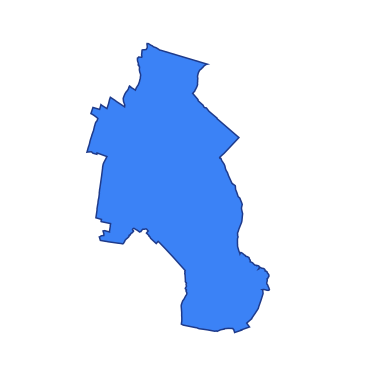 outline of Tatarusi, Suceava, Romania, rotated 43°
{"feature_id": "2599482B10638600477731", "entity_name": "Tatarusi", "entity_type": "district", "adm_level": 2, "iso_a3": "ROU", "parent_name": "Romania", "parent_adm1": "Suceava", "projection": "robinson", "projection_center": [26.571, 47.355], "detail": "fine", "context": "isolated", "style": "filled", "palette": "blue", "viewbox_px": 384, "rotation_deg": 43, "n_neighbors": 0, "source": "geoboundaries", "source_scale": "gbopen_adm2", "svg_char_len": 5958}
<svg xmlns="http://www.w3.org/2000/svg" viewBox="0 0 384 384"><g transform="rotate(43 192 192)"><path d="M116.0,88.1L72.2,109.8L71.8,110.2L69.5,110.5L67.3,111.0L64.7,112.1L63.1,112.2L62.1,112.6L61.2,112.8L58.9,113.2L57.9,114.1L58.1,114.3L58.4,114.8L58.8,115.0L59.6,115.8L60.2,116.2L60.8,117.0L61.3,118.7L61.3,119.0L60.9,119.5L60.1,120.5L59.7,120.9L59.0,121.6L58.7,122.3L60.3,124.3L61.7,126.2L62.8,126.9L63.0,127.2L63.3,127.8L60.9,129.7L61.1,130.3L60.8,131.3L62.0,132.6L63.0,133.4L63.3,133.6L64.8,134.3L65.3,134.8L65.7,135.0L65.8,135.6L66.2,135.9L66.8,135.7L67.2,136.0L67.6,136.0L67.9,136.3L68.3,136.3L68.6,136.6L70.1,138.5L72.0,139.9L73.8,140.8L74.8,141.6L75.8,143.1L76.9,144.4L77.3,145.5L78.3,147.1L79.6,150.2L79.9,152.1L80.3,154.1L80.9,155.5L80.9,155.8L81.1,156.1L75.4,157.2L75.3,156.9L74.0,157.1L74.4,158.4L75.3,160.3L75.6,162.9L75.6,163.9L75.9,165.3L76.1,166.2L77.1,168.8L77.8,170.4L78.2,170.8L80.2,172.5L83.6,174.3L84.6,175.7L75.2,177.3L73.1,177.5L67.7,178.4L68.6,180.5L70.7,184.2L72.9,189.0L67.2,190.1L65.8,190.2L66.8,192.0L68.1,194.6L61.9,197.7L64.6,203.6L66.0,203.2L68.1,202.8L70.9,202.5L73.0,202.4L73.7,204.0L74.1,205.4L74.0,206.1L74.1,206.6L74.4,207.5L75.5,209.6L75.9,210.5L78.4,214.8L78.4,215.1L78.6,215.5L80.0,218.8L80.3,219.2L81.9,222.7L82.9,224.6L84.2,226.8L85.0,228.4L85.4,229.4L86.3,231.2L87.1,232.7L87.4,233.3L88.0,234.5L88.6,233.7L91.0,231.2L93.1,231.2L96.7,229.3L95.9,228.2L105.6,224.1L106.3,226.4L107.4,230.4L108.0,232.1L109.6,234.7L110.4,235.6L111.0,236.5L111.4,237.0L115.3,242.4L122.2,252.3L122.8,253.3L123.6,254.3L124.9,256.1L125.2,256.2L127.8,259.8L128.5,261.1L130.0,263.3L131.0,264.5L131.5,265.4L132.9,267.5L134.0,269.1L134.8,269.9L139.3,276.4L144.5,273.8L145.4,275.4L145.8,275.6L154.0,270.6L154.4,271.1L154.6,271.5L154.8,272.0L155.5,272.6L158.5,277.1L158.9,277.5L154.5,279.8L153.8,280.7L153.5,281.2L156.1,282.7L157.2,284.0L156.2,285.0L155.7,285.7L155.4,286.3L155.2,287.7L154.9,288.1L158.0,289.9L162.6,286.9L163.1,286.5L164.6,285.6L172.6,280.0L174.9,278.3L176.8,277.1L176.9,276.1L176.6,275.2L176.6,274.6L176.5,274.1L176.0,273.2L176.0,272.4L176.0,270.9L176.2,270.1L176.3,267.7L176.1,267.2L175.6,266.7L175.5,266.3L175.6,266.1L176.1,265.7L176.1,265.4L176.0,265.0L175.7,264.4L175.7,263.8L175.9,263.0L176.1,262.6L176.0,260.5L175.7,260.3L174.6,260.3L174.0,260.0L173.9,258.9L174.2,258.3L174.7,258.0L175.3,258.0L178.1,257.3L181.0,257.0L181.2,256.3L181.6,255.9L181.3,253.4L181.4,252.8L182.5,251.8L182.9,251.2L183.1,250.8L183.3,250.6L183.7,250.3L184.0,250.1L186.6,250.4L186.6,251.8L186.7,253.1L190.3,253.2L190.6,253.6L192.2,253.6L193.3,254.1L196.1,254.1L201.0,254.1L200.9,251.2L203.0,251.2L210.3,251.6L221.8,252.4L240.6,254.1L241.1,255.2L241.2,255.4L241.6,255.5L241.9,255.7L242.4,256.7L242.9,257.0L243.2,257.1L247.6,261.3L248.0,261.9L248.7,262.3L249.7,262.2L250.2,262.5L250.4,263.3L251.0,263.9L252.2,264.6L252.3,264.9L252.7,266.8L253.0,267.3L254.5,267.3L254.8,267.4L254.9,267.7L254.8,268.1L255.2,268.5L255.9,268.9L256.6,269.0L257.7,270.0L258.2,271.5L258.2,272.2L259.3,276.2L259.3,276.6L259.4,277.8L260.2,279.8L260.8,281.1L261.1,281.6L261.2,282.0L262.1,283.0L266.6,287.1L268.8,289.5L270.3,290.9L272.5,293.3L274.3,295.9L276.4,295.3L287.0,288.8L288.1,288.0L289.6,287.5L290.5,287.1L293.7,284.8L297.3,282.3L303.6,278.3L304.7,276.9L305.4,276.8L306.9,273.3L309.1,270.2L308.9,269.9L311.5,267.0L314.9,264.0L315.9,264.3L316.5,264.2L317.2,264.7L318.6,265.4L319.0,265.7L322.4,259.4L322.0,259.4L326.1,251.5L321.4,250.6L322.1,244.1L321.9,244.1L321.1,239.0L321.0,238.1L319.9,232.0L318.9,230.1L316.1,223.7L313.3,217.9L312.8,217.4L310.7,215.6L310.4,215.4L310.0,215.5L310.6,214.7L311.4,214.0L312.3,213.5L313.9,212.7L314.4,212.3L315.2,211.5L315.2,210.6L313.4,209.6L312.1,209.1L310.8,208.4L309.4,208.2L308.5,207.4L308.0,206.4L307.6,205.7L307.0,205.0L306.1,204.3L306.1,204.1L306.3,203.8L306.3,203.5L305.8,202.0L305.9,201.6L305.7,201.2L305.1,200.5L304.5,200.1L303.8,200.0L303.1,199.8L302.4,199.8L302.0,199.6L301.4,199.2L299.8,199.4L299.7,199.5L299.5,199.9L299.3,199.9L298.9,199.5L298.2,199.0L297.0,199.0L296.4,199.2L294.9,200.2L294.7,200.3L293.5,200.5L293.3,200.6L293.1,200.8L293.1,201.1L293.2,202.0L293.4,202.5L293.2,203.0L293.1,202.4L292.8,201.4L292.6,201.1L292.4,200.8L291.5,200.6L290.9,200.7L289.6,201.4L289.5,201.8L289.1,201.7L288.4,202.2L287.7,202.6L286.9,202.6L285.9,202.6L285.3,202.5L284.5,202.5L283.0,202.9L282.1,203.4L281.1,202.1L280.3,202.1L280.0,202.0L278.9,201.4L278.4,201.1L276.7,201.5L276.0,201.8L275.4,202.3L275.0,202.4L274.4,202.0L273.4,202.3L270.9,202.4L269.8,202.6L269.4,202.7L269.1,202.9L268.8,203.2L268.9,203.5L269.1,204.0L269.3,204.6L268.0,203.8L266.9,203.4L262.7,200.9L261.8,200.1L261.2,199.4L260.7,199.0L257.4,195.5L257.1,195.1L256.8,194.5L256.4,193.6L256.0,193.2L255.1,192.8L254.6,192.2L253.2,190.9L252.7,189.4L251.6,187.2L249.0,180.5L248.2,179.1L245.2,175.2L244.9,174.8L243.9,173.4L240.7,171.3L239.4,170.3L238.5,169.1L237.8,167.8L237.3,167.0L237.2,166.8L235.3,165.8L232.9,164.7L231.3,163.9L230.5,163.8L230.2,163.9L229.3,163.9L228.7,163.8L225.1,161.8L223.2,160.9L222.4,160.6L221.0,159.4L220.0,158.4L219.3,157.9L217.5,158.1L216.9,158.3L216.8,158.2L216.3,158.3L215.8,158.2L215.3,158.4L207.6,155.2L204.6,153.6L202.7,153.1L201.9,152.8L200.5,152.1L198.4,150.6L196.7,149.8L195.6,149.5L194.6,149.3L193.6,149.0L192.8,148.9L192.0,148.6L190.7,147.9L190.1,147.7L189.8,147.8L189.6,148.3L189.1,148.3L188.7,148.0L188.6,147.7L188.6,147.4L189.1,141.7L189.2,120.2L160.4,121.3L160.0,120.9L149.3,121.4L145.8,120.8L145.2,120.7L143.8,121.6L143.4,121.7L142.9,121.7L141.6,121.3L141.0,121.0L134.9,121.1L134.1,121.0L133.8,120.8L133.6,120.5L133.2,120.3L125.2,119.4L125.3,118.7L125.2,118.2L125.2,116.3L125.1,116.0L124.7,115.3L124.6,114.4L124.3,113.5L124.1,112.7L123.4,110.8L122.8,109.6L121.7,108.6L120.5,107.0L119.7,106.3L119.3,105.6L118.5,104.7L117.7,104.2L116.9,103.3L115.5,100.8L115.1,99.8L114.6,97.9L114.6,97.1L114.9,95.4L114.8,94.2L115.0,93.6L114.9,93.2L114.8,92.1L115.0,90.6L115.4,89.0L116.0,88.1Z" fill="#3b82f6" stroke="#1e3a8a" stroke-width="1.5"/></g></svg>